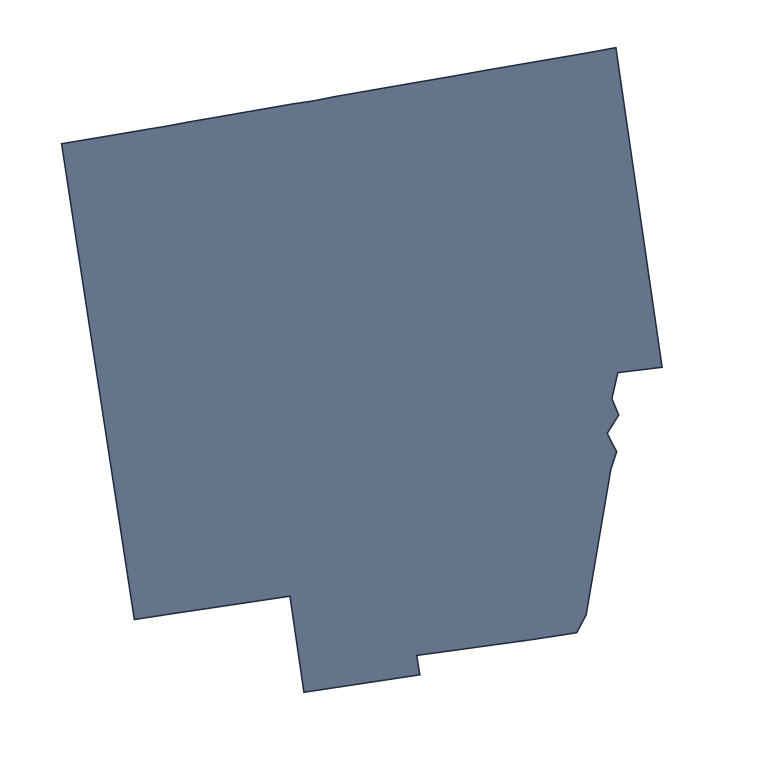 Columbia, Arkansas, United States of America, rotated 170°
{"feature_id": "52423323B4555775587710", "entity_name": "Columbia", "entity_type": "district", "adm_level": 2, "iso_a3": "USA", "parent_name": "United States of America", "parent_adm1": "Arkansas", "projection": "robinson", "projection_center": [-93.258, 33.236], "detail": "fine", "context": "isolated", "style": "filled", "palette": "slate", "viewbox_px": 768, "rotation_deg": 170, "n_neighbors": 0, "source": "geoboundaries", "source_scale": "gbopen_adm2", "svg_char_len": 623}
<svg xmlns="http://www.w3.org/2000/svg" viewBox="0 0 768 768"><g transform="rotate(170 384 384)"><path d="M670.8,195.4L631.1,194.5L513.5,191.4L516.4,94.3L399.2,91.4L398.9,111.0L280.9,106.5L237.4,105.6L225.0,121.5L175.5,260.3L166.6,277.0L169.8,286.7L172.7,296.7L158.2,312.7L162.1,330.0L151.7,354.6L107.2,352.2L97.2,675.0L98.3,675.0L123.4,674.8L123.5,674.8L224.3,675.3L265.5,675.2L301.3,675.4L301.6,675.4L379.6,675.6L405.3,675.1L425.8,675.7L474.1,675.8L512.9,675.9L533.4,676.0L533.9,675.9L555.8,675.7L565.1,675.8L567.9,675.9L659.8,676.6L662.3,569.1L670.8,195.4Z" fill="#64748b" stroke="#1e293b" stroke-width="1.5"/></g></svg>